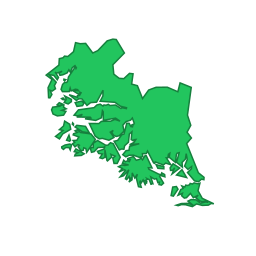 the County of Troms, rotated 254°
{"feature_id": "NOR-900", "entity_name": "Troms", "entity_type": "County", "adm_level": 1, "iso_a3": "NOR", "parent_name": "Norway", "parent_adm1": "", "projection": "albers", "projection_center": [18.955, 69.32], "detail": "fine", "context": "isolated", "style": "filled", "palette": "green", "viewbox_px": 256, "rotation_deg": 254, "n_neighbors": 0, "source": "natural_earth", "source_scale": "10m", "svg_char_len": 5807}
<svg xmlns="http://www.w3.org/2000/svg" viewBox="0 0 256 256"><g transform="rotate(254 128 128)"><path d="M166.1,148.7L152.3,150.1L158.8,158.3L159.4,166.1L156.4,177.0L149.1,185.9L157.0,190.5L149.6,200.0L124.0,188.7L113.3,189.1L107.7,183.6L100.9,186.2L96.9,180.1L65.6,183.3L59.6,187.5L57.4,186.7L58.6,184.5L56.9,181.1L58.8,177.4L68.8,172.9L71.3,177.7L73.4,178.5L71.7,174.2L75.8,171.9L81.4,176.3L87.3,176.9L82.3,174.6L80.0,170.5L75.4,169.5L81.7,165.2L90.2,170.4L90.2,168.2L89.1,167.2L81.9,164.1L88.4,159.6L92.2,161.2L91.6,159.6L88.4,158.1L88.8,156.6L80.9,159.0L83.9,154.5L82.7,151.9L87.9,144.8L86.7,143.8L87.4,143.0L100.5,140.4L98.4,138.6L99.4,134.8L96.3,134.3L96.8,130.6L100.4,125.7L101.5,121.6L100.9,117.9L103.8,115.6L106.8,119.9L106.3,122.8L109.9,124.5L109.8,134.5L111.5,124.9L112.5,129.7L114.8,132.4L115.1,130.6L114.4,129.4L116.0,127.9L123.3,130.7L121.8,127.6L114.2,124.5L111.9,119.9L108.7,118.2L109.6,116.1L109.3,113.6L119.1,111.0L118.9,114.6L123.2,120.2L123.3,122.5L132.9,128.1L132.2,130.4L128.6,131.1L127.6,133.2L129.5,131.6L130.1,133.2L129.5,134.0L130.9,135.3L136.4,134.9L134.8,132.6L134.7,127.8L132.1,123.8L126.1,123.3L123.0,117.5L123.1,114.4L124.7,112.4L128.0,111.1L129.8,113.1L128.9,109.8L122.8,111.9L121.5,106.3L125.1,100.5L125.5,97.3L129.3,94.2L143.0,92.1L140.3,101.3L141.7,104.2L139.3,113.2L139.9,117.8L136.8,122.2L140.9,118.8L142.2,106.4L150.4,108.7L151.8,108.2L145.1,105.2L144.2,99.0L148.7,89.2L147.8,95.1L148.8,94.7L152.7,81.7L152.8,86.3L153.7,87.9L153.6,83.0L155.2,79.7L159.1,85.4L156.9,101.0L158.7,104.4L158.6,107.8L156.0,110.0L156.8,111.2L155.9,113.2L156.2,115.6L154.6,116.8L153.5,122.4L148.7,126.6L149.2,127.6L147.1,131.8L147.9,132.2L151.0,126.8L156.3,122.5L161.4,108.6L165.7,112.7L171.2,114.4L161.5,104.9L162.7,99.1L161.0,94.8L168.7,91.7L169.6,88.7L168.7,86.0L176.2,80.6L171.4,87.9L173.0,88.3L172.7,90.4L174.8,92.6L175.5,91.8L174.1,89.8L178.4,85.9L178.7,87.5L177.4,90.7L178.8,90.1L179.8,88.1L179.3,83.5L182.3,83.4L179.2,81.5L181.0,75.0L183.6,74.3L187.9,77.1L189.3,79.6L188.7,81.6L189.5,82.8L193.4,84.8L201.4,94.3L199.5,94.4L200.1,95.0L202.6,94.2L201.3,91.0L197.6,87.9L200.2,87.2L197.8,84.8L197.1,80.0L197.4,77.1L199.8,76.8L200.7,80.3L200.4,74.5L201.9,73.4L195.7,75.1L193.9,73.3L199.0,71.2L201.2,66.7L191.8,71.6L189.0,68.9L185.7,69.1L184.4,65.3L185.8,63.4L181.2,64.1L178.5,61.2L179.0,60.0L188.8,62.3L195.6,68.3L201.4,63.9L207.5,78.9L213.6,81.1L213.4,84.9L214.6,86.8L213.3,89.9L216.4,96.7L224.5,101.1L222.2,105.3L221.0,110.6L209.8,114.8L210.7,120.3L217.5,132.0L217.6,137.9L216.3,141.1L201.1,145.2L193.0,130.9L183.7,129.2L178.2,133.2L176.6,137.6L180.1,144.5L178.7,147.8L169.2,143.6L166.1,148.7ZM98.7,119.3L99.1,125.2L94.7,127.1L94.7,130.7L95.8,132.2L93.4,133.2L96.8,136.9L96.3,137.9L83.0,140.1L84.2,136.6L82.6,136.7L74.9,145.1L74.1,147.6L75.5,148.1L73.2,150.4L70.9,150.0L73.6,145.9L72.8,145.0L65.2,147.0L63.9,144.4L65.1,142.2L67.2,143.3L67.2,141.7L71.5,141.4L71.6,139.3L74.7,136.4L67.5,136.6L68.1,135.1L67.0,134.6L72.5,134.2L74.2,132.3L73.2,132.6L72.7,129.7L71.4,131.3L69.9,130.6L70.6,129.1L68.0,129.0L73.9,128.2L71.6,125.6L73.5,125.1L72.8,124.4L67.4,124.4L68.7,121.9L77.9,122.2L81.0,124.3L78.1,120.7L83.7,119.7L77.1,117.6L75.8,114.0L79.1,117.1L78.8,115.6L81.1,115.7L78.8,112.5L79.9,111.5L87.6,117.3L83.3,110.5L83.2,107.0L88.0,113.9L89.0,113.0L88.2,107.1L90.6,111.5L93.4,108.2L94.2,111.9L92.9,114.4L92.4,118.4L95.5,112.9L98.2,115.0L96.4,116.0L96.5,118.4L95.3,120.0L96.9,121.4L97.5,119.1L98.7,119.3ZM40.5,153.1L40.7,158.4L38.9,165.5L35.7,169.4L41.2,165.5L41.8,169.0L40.2,173.5L35.7,177.1L35.5,182.3L34.4,184.6L36.2,183.1L36.8,178.8L38.0,177.1L42.1,174.1L44.1,177.0L43.0,171.6L47.9,170.0L44.9,165.0L45.1,162.8L48.1,160.9L50.2,162.3L49.6,157.6L54.3,161.8L54.7,164.4L57.4,163.8L55.6,166.3L57.2,167.8L56.4,169.1L56.4,171.4L57.6,172.5L56.4,174.4L57.0,176.4L55.0,180.0L55.1,181.9L48.4,178.0L39.9,180.0L31.5,189.6L32.5,187.1L31.7,184.0L33.1,178.1L36.1,173.0L34.7,168.2L38.4,162.1L39.6,158.4L39.5,154.8L40.5,153.1ZM122.9,90.4L124.4,95.3L117.6,101.8L117.0,103.9L118.7,107.1L117.0,109.5L102.0,112.5L96.9,107.8L97.8,104.8L103.2,105.1L104.5,107.9L107.4,104.3L104.6,104.4L102.0,99.2L102.7,98.8L113.5,99.8L106.2,97.7L105.6,95.0L107.1,92.7L110.1,96.2L111.6,92.8L114.0,92.2L114.3,99.0L116.8,100.9L116.1,99.5L117.5,93.8L114.6,89.0L114.7,86.2L118.4,86.2L119.3,87.7L118.8,89.2L122.9,90.4ZM137.7,78.1L139.9,76.3L140.3,78.6L136.7,81.2L132.5,90.8L126.0,93.5L116.0,81.6L119.9,81.8L121.2,80.0L119.0,79.0L119.0,76.6L123.7,74.9L124.8,76.5L125.9,75.4L124.5,71.8L128.2,70.4L128.9,72.8L131.1,71.8L130.3,75.4L132.9,78.3L136.5,73.4L137.5,74.1L137.7,78.1ZM168.2,70.1L167.8,72.7L165.7,71.8L163.5,73.9L163.2,69.3L161.1,72.9L158.1,69.6L159.1,63.4L162.1,59.8L166.5,59.5L168.8,61.4L167.7,68.4L168.2,70.1ZM147.7,66.6L152.1,69.0L147.7,73.0L142.6,72.6L140.3,63.6L136.4,59.1L139.9,56.0L143.5,64.9L145.3,61.6L147.7,66.6ZM143.6,77.4L144.7,79.5L141.3,87.6L134.0,89.5L136.9,83.2L143.6,77.4ZM75.0,159.3L75.5,157.2L78.1,157.5L81.2,161.5L75.2,166.7L71.7,157.7L76.9,161.9L75.0,159.3ZM51.2,150.8L58.9,154.7L58.4,158.4L55.4,159.2L50.0,152.8L51.2,150.8ZM69.4,161.7L73.1,168.4L64.2,170.7L69.4,161.7ZM129.0,62.8L128.6,67.7L127.3,69.1L122.8,66.4L125.4,66.0L126.4,62.7L125.2,60.0L127.1,58.8L128.2,59.1L129.0,62.8ZM114.5,75.6L115.9,69.1L117.4,70.1L118.0,73.3L120.1,69.8L122.3,72.2L115.3,78.8L114.5,75.6ZM172.7,76.6L176.2,76.0L171.1,81.5L168.9,80.8L167.6,77.1L170.1,73.7L172.7,76.6ZM166.9,84.2L166.7,90.6L164.1,92.5L162.0,90.5L162.8,84.9L166.9,84.2ZM81.0,145.6L85.1,144.9L80.9,151.8L78.9,151.2L81.0,145.6ZM137.4,69.3L132.0,69.3L131.4,68.2L133.2,65.6L137.4,69.3ZM171.3,68.9L169.1,71.6L168.2,68.2L169.8,66.2L171.3,68.9ZM174.6,72.2L174.8,73.9L172.5,75.1L173.4,73.0L174.6,72.2ZM190.9,80.0L191.7,79.5L192.6,79.9L191.6,81.5L190.9,80.0ZM145.8,76.3L147.0,75.5L148.2,76.2L147.0,76.8L145.8,76.3Z" fill="#22c55e" stroke="#15803d" stroke-width="1.5"/></g></svg>